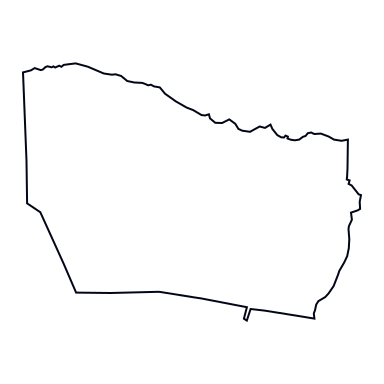 West Honiara, Guadalcanal, Solomon Islands
{"feature_id": "97153195B79685360325521", "entity_name": "West Honiara", "entity_type": "district", "adm_level": 2, "iso_a3": "SLB", "parent_name": "Solomon Islands", "parent_adm1": "Guadalcanal", "projection": "equal_earth", "projection_center": [159.939, -9.433], "detail": "fine", "context": "isolated", "style": "outline", "palette": "ink", "viewbox_px": 384, "rotation_deg": 0, "n_neighbors": 0, "source": "geoboundaries", "source_scale": "gbopen_adm2", "svg_char_len": 1490}
<svg xmlns="http://www.w3.org/2000/svg" viewBox="0 0 384 384"><path d="M347.9,139.6L341.6,140.8L334.0,139.6L328.8,136.6L320.9,133.6L314.2,134.0L311.2,132.5L307.8,133.2L305.6,135.9L302.8,136.9L299.2,139.6L294.9,140.3L290.7,139.7L287.5,138.5L287.9,136.6L285.5,135.6L284.0,137.5L281.2,137.3L277.3,135.1L272.4,129.0L270.5,124.6L265.0,127.9L259.7,126.5L253.6,129.8L250.1,131.8L242.3,130.7L238.4,128.9L235.3,123.8L229.3,119.4L222.1,123.0L215.3,122.8L210.0,118.4L208.9,114.3L205.0,115.5L201.4,115.0L193.2,110.1L186.7,107.6L176.0,101.5L165.0,93.7L161.3,89.2L159.8,87.4L154.0,86.4L150.9,84.7L148.2,85.3L145.2,84.0L142.3,82.9L134.3,82.5L127.2,81.0L121.2,76.0L115.5,74.3L111.9,74.7L103.8,73.5L87.8,66.7L75.7,63.4L69.8,64.1L63.7,64.9L61.4,66.8L59.2,65.7L55.2,67.5L53.4,66.4L51.7,67.3L47.5,66.3L45.4,67.1L42.9,69.5L40.8,70.1L34.7,68.1L30.8,70.4L23.0,72.4L23.8,92.4L26.5,161.0L27.1,203.4L40.3,212.2L63.6,263.6L76.1,292.6L110.4,293.0L158.4,291.8L160.5,292.0L194.3,297.4L201.1,298.4L234.9,304.9L246.9,307.2L243.9,318.7L246.8,320.6L250.6,309.0L264.6,310.6L300.4,316.3L314.4,318.6L313.8,313.4L315.0,310.3L316.2,304.6L318.4,301.1L320.3,300.0L325.2,297.1L328.6,293.4L333.6,286.1L338.1,274.6L339.3,270.9L344.2,262.5L345.7,259.3L347.2,256.1L348.8,248.2L349.3,239.0L348.5,229.1L348.9,226.2L351.9,219.7L351.0,212.6L357.6,210.4L360.1,208.9L359.7,201.8L361.0,195.1L358.6,194.3L351.7,185.5L348.6,183.9L349.6,180.4L346.8,179.5L347.1,176.6L347.5,168.5L347.9,139.6Z" fill="none" stroke="#020617" stroke-width="2"/></svg>